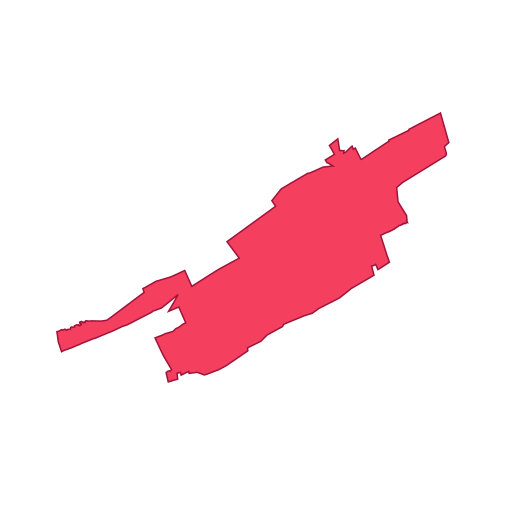 El Naranjo, San Luis Potosí, Mexico, rotated 80°
{"feature_id": "50627088B30003317916079", "entity_name": "El Naranjo", "entity_type": "district", "adm_level": 2, "iso_a3": "MEX", "parent_name": "Mexico", "parent_adm1": "San Luis Potosí", "projection": "mercator", "projection_center": [-99.359, 22.447], "detail": "fine", "context": "isolated", "style": "filled", "palette": "rose", "viewbox_px": 512, "rotation_deg": 80, "n_neighbors": 0, "source": "geoboundaries", "source_scale": "gbopen_adm2", "svg_char_len": 4654}
<svg xmlns="http://www.w3.org/2000/svg" viewBox="0 0 512 512"><g transform="rotate(80 256 256)"><path d="M166.9,139.5L167.8,141.6L165.4,142.1L164.5,142.3L164.9,142.9L165.5,144.0L165.8,144.5L166.3,145.2L166.4,145.4L166.6,145.6L166.8,145.9L166.9,146.0L167.3,146.6L167.5,147.0L167.9,147.7L168.6,148.5L168.9,149.1L169.3,149.7L169.5,150.3L169.9,151.7L169.7,151.6L168.7,151.4L167.7,151.3L167.6,151.2L167.6,151.4L167.5,151.6L167.3,152.5L167.0,153.5L167.0,153.9L166.8,154.5L166.7,155.0L166.6,155.4L166.0,155.3L165.9,155.3L154.8,155.1L159.9,164.5L163.2,163.3L169.5,161.1L173.5,171.1L176.6,169.8L176.7,169.2L180.7,164.6L180.1,174.3L180.1,174.6L180.9,177.8L181.9,181.7L182.2,182.9L183.6,188.8L183.5,190.7L184.4,193.0L185.1,194.8L187.1,200.4L189.9,207.8L190.7,210.0L194.3,219.5L197.1,222.7L204.3,230.8L210.4,228.0L219.9,247.3L220.7,249.0L233.2,274.6L236.8,282.1L255.2,272.9L262.3,294.1L263.9,298.2L267.8,307.8L272.3,318.6L274.7,324.5L257.9,328.7L260.9,340.1L261.9,344.3L263.5,358.7L267.8,370.9L268.4,373.1L272.4,372.5L276.3,380.2L282.3,392.1L287.0,401.3L291.1,409.4L293.4,414.0L293.3,415.7L293.3,417.4L293.2,419.8L291.2,429.9L291.3,430.9L290.6,433.4L290.2,434.8L290.6,435.4L291.1,435.5L291.4,435.6L291.1,436.2L291.3,436.9L291.6,437.0L291.2,437.5L291.2,437.8L291.5,438.0L290.3,438.9L290.1,439.3L290.6,441.3L290.9,441.3L291.5,441.1L291.8,441.0L291.9,440.9L291.7,440.4L292.4,440.3L292.8,440.1L293.1,440.0L293.4,440.0L293.5,440.1L293.5,440.7L293.6,441.1L294.0,441.5L293.8,441.9L293.9,442.2L293.8,442.3L293.5,442.1L293.3,442.1L293.0,442.4L293.0,442.7L293.1,442.9L293.3,443.0L293.2,443.2L292.9,443.7L292.9,443.9L292.6,444.2L292.6,444.4L292.9,444.9L292.9,445.6L293.2,446.4L293.3,446.9L293.4,447.1L294.2,447.0L294.6,448.1L294.2,449.0L293.9,449.9L293.9,450.2L294.2,450.9L295.5,451.4L295.8,451.4L295.9,452.1L295.6,453.4L295.9,453.8L295.6,454.7L296.0,454.9L296.1,455.3L296.3,455.6L296.1,456.0L295.9,456.2L295.1,456.5L294.9,456.9L295.1,457.1L295.0,457.6L295.5,459.3L294.8,459.9L294.8,460.6L295.0,460.7L295.8,463.2L295.9,465.2L306.2,465.6L316.5,464.1L315.7,461.6L315.5,460.3L315.3,459.3L315.2,458.6L315.1,457.4L314.7,455.9L314.5,454.1L314.1,452.6L313.7,450.7L313.4,449.9L312.9,447.2L312.2,444.1L311.8,442.8L309.2,430.5L309.0,427.9L308.6,426.6L308.2,424.8L306.3,416.4L305.9,414.7L305.7,413.2L305.2,411.0L304.1,406.9L302.2,400.0L301.4,394.5L301.0,393.4L299.8,389.5L298.9,386.7L297.5,382.1L297.2,381.2L293.6,369.4L293.3,368.9L293.0,367.9L292.3,366.9L292.2,365.7L292.1,365.0L292.0,364.2L291.7,363.0L291.1,359.6L290.7,357.9L288.6,354.1L282.9,343.7L280.4,339.6L282.9,341.3L295.3,351.7L293.4,343.5L292.9,340.9L309.6,336.8L310.6,340.2L311.6,342.0L312.9,344.7L313.1,345.6L313.6,347.5L315.9,351.0L316.8,359.4L317.4,360.8L319.1,369.6L320.5,369.3L326.8,367.6L334.3,365.6L337.8,364.6L339.0,364.2L353.2,358.9L353.5,359.4L353.8,359.7L354.0,359.9L354.5,360.2L354.3,360.8L354.0,361.1L354.1,362.0L354.2,363.0L355.3,364.8L364.8,364.3L364.4,360.8L364.0,357.8L363.9,356.4L363.7,354.5L357.7,354.1L357.6,350.6L360.4,350.4L359.9,349.0L358.0,342.4L360.0,342.2L360.0,341.6L360.1,338.4L360.2,337.6L360.3,334.2L363.6,328.4L364.2,327.6L363.8,324.5L361.6,313.0L361.5,312.5L358.9,304.5L348.0,280.5L345.0,280.3L340.8,266.0L335.7,258.7L330.3,242.6L330.1,242.1L328.1,240.7L327.9,240.0L326.0,231.4L324.3,223.5L323.3,219.3L322.1,210.4L321.1,208.3L319.9,205.8L319.7,205.4L318.6,203.3L318.6,203.2L315.8,194.1L313.8,187.5L312.3,182.7L311.7,180.8L310.8,179.2L308.5,175.0L305.7,169.9L304.6,167.9L300.9,157.9L299.3,153.6L295.4,143.1L286.0,143.9L286.0,143.1L285.9,141.9L285.0,139.6L290.6,138.3L285.3,125.7L279.4,126.6L278.9,126.8L268.9,128.1L263.9,128.8L258.6,129.5L257.3,129.7L257.1,129.1L257.0,128.6L256.8,127.9L256.6,127.0L256.2,125.6L255.9,124.5L255.5,122.8L255.3,121.8L255.3,120.7L255.0,120.4L254.4,117.9L253.8,116.6L253.5,115.1L253.1,114.6L252.7,113.7L252.6,113.1L252.2,112.5L251.6,111.0L250.8,109.5L250.8,108.6L250.7,108.4L250.8,108.3L250.6,107.5L250.5,107.0L250.4,107.0L250.3,106.2L250.2,106.0L250.1,105.9L249.9,105.6L249.9,105.4L249.7,105.5L249.6,105.3L249.5,105.0L249.6,104.8L249.5,104.6L249.8,104.4L249.9,104.1L249.9,103.9L249.9,103.7L249.9,103.3L250.0,103.2L249.9,102.9L249.7,102.7L249.4,102.4L249.4,102.1L249.5,101.8L249.4,101.5L249.2,101.2L249.3,101.0L248.4,101.2L247.5,101.7L247.1,101.1L242.3,100.7L231.9,104.9L227.2,106.7L213.0,105.6L212.7,105.1L212.6,104.9L209.0,98.8L190.4,51.9L189.1,50.9L187.9,50.7L186.6,50.8L181.8,51.4L180.6,51.0L177.8,46.4L147.2,49.5L150.0,58.4L150.4,59.9L154.7,73.6L157.8,83.3L159.2,84.1L159.4,84.7L159.1,84.8L164.9,105.1L165.7,104.9L165.9,104.9L171.0,116.6L172.1,119.2L174.9,125.5L179.2,135.4L178.4,136.1L166.9,139.5Z" fill="#f43f5e" stroke="#9f1239" stroke-width="1.5"/></g></svg>